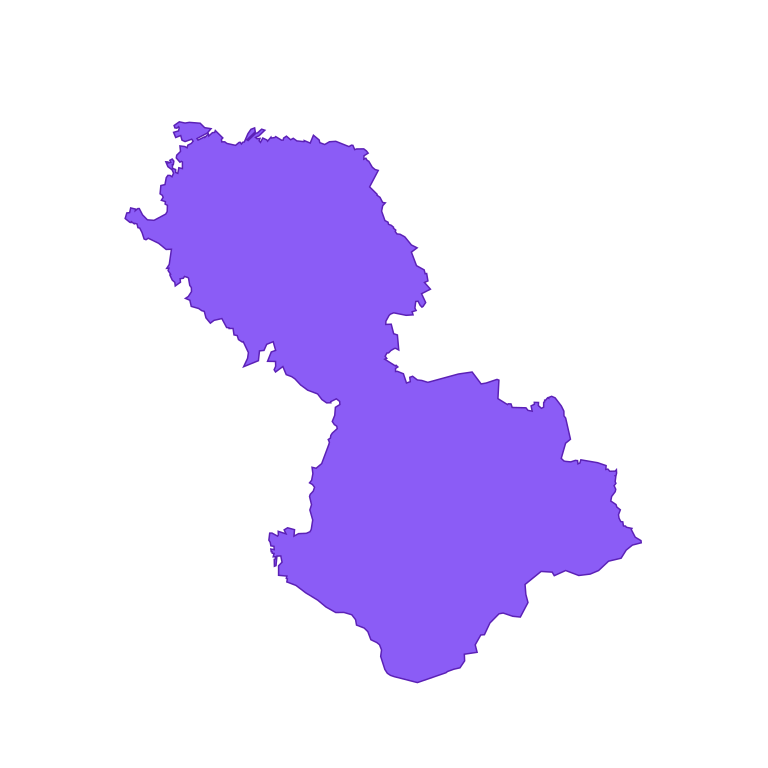 Qalqiliya, West Bank, Palestine (orthographic projection), rotated 258°
{"feature_id": "87354302B40414204592822", "entity_name": "Qalqiliya", "entity_type": "district", "adm_level": 2, "iso_a3": "PSE", "parent_name": "Palestine", "parent_adm1": "West Bank", "projection": "orthographic", "projection_center": [35.101, 32.181], "detail": "fine", "context": "isolated", "style": "filled", "palette": "violet", "viewbox_px": 768, "rotation_deg": 258, "n_neighbors": 0, "source": "geoboundaries", "source_scale": "gbopen_adm2", "svg_char_len": 6163}
<svg xmlns="http://www.w3.org/2000/svg" viewBox="0 0 768 768"><g transform="rotate(258 384 384)"><path d="M210.6,247.8L205.3,256.0L196.0,264.0L186.4,274.2L177.9,280.9L170.5,289.3L168.9,297.3L165.0,304.5L159.4,307.2L153.9,307.0L149.4,313.9L145.1,316.7L136.6,318.0L132.6,323.2L129.9,325.4L124.4,326.3L118.2,324.1L104.6,325.5L100.4,327.1L97.7,329.7L95.6,333.2L85.0,354.6L88.7,384.6L89.6,386.4L90.5,393.0L90.6,399.3L96.4,405.3L103.0,406.4L102.2,419.3L109.9,419.0L118.4,426.5L117.9,430.1L128.2,437.9L135.3,448.7L135.2,452.9L130.0,461.7L127.7,468.9L140.3,479.4L148.7,479.0L158.6,480.3L168.0,498.7L165.0,509.4L161.1,510.7L163.8,522.9L156.2,534.7L155.2,546.2L156.9,555.1L164.0,566.8L164.3,579.7L171.2,586.4L174.8,593.5L175.2,602.6L177.4,602.8L181.9,597.9L190.3,595.6L191.2,596.5L193.5,591.3L194.8,590.7L195.4,588.7L199.5,588.9L200.2,587.0L203.9,586.0L207.4,586.2L211.8,589.0L215.3,586.1L217.8,585.9L222.4,581.5L226.7,583.3L230.6,587.8L232.9,588.8L236.7,587.9L238.6,590.2L240.4,589.8L245.3,591.5L246.1,591.0L246.2,591.9L248.5,593.0L251.8,593.5L250.7,592.0L251.7,586.7L254.2,585.3L254.3,583.2L258.0,584.3L262.6,576.6L268.9,560.8L266.0,559.2L265.6,557.1L268.8,557.4L269.5,555.3L269.0,550.5L270.6,545.4L271.3,544.0L274.4,541.9L288.3,549.3L291.2,554.9L312.9,554.6L315.4,553.4L320.1,554.3L325.6,552.9L334.9,548.5L337.1,545.4L336.6,542.4L335.7,542.2L336.5,541.2L334.6,538.7L334.8,537.8L333.1,537.4L332.9,536.4L328.1,535.3L327.5,532.9L330.8,530.5L333.8,531.3L334.8,527.2L332.9,526.9L332.0,523.3L326.6,523.3L328.3,519.3L331.2,517.9L334.4,504.5L338.1,504.1L338.8,501.4L338.2,500.5L346.0,492.4L363.9,497.2L365.0,495.5L363.7,484.1L363.9,479.0L377.4,472.7L378.3,458.8L376.5,427.2L379.6,421.7L381.0,417.5L385.6,413.6L385.2,410.6L380.8,410.2L380.3,406.2L390.0,405.1L393.6,399.7L393.8,397.9L396.8,398.5L397.8,401.1L399.8,399.7L399.3,398.9L408.1,389.9L408.5,392.0L410.9,390.9L413.7,393.3L413.5,395.0L415.3,397.7L416.6,401.6L416.4,402.9L414.2,405.5L429.2,407.3L431.2,403.9L441.0,403.5L441.9,398.1L445.0,398.9L450.0,403.2L451.0,404.8L451.6,408.3L446.6,419.9L445.6,426.8L448.8,426.5L449.2,430.7L451.8,430.0L458.1,432.2L457.9,434.5L453.5,435.7L451.3,437.1L451.8,438.4L455.0,441.7L464.5,439.5L467.1,449.1L474.9,444.7L475.7,448.4L483.2,448.7L483.3,447.2L487.3,447.0L493.0,440.4L507.3,438.2L510.3,444.7L514.3,439.7L523.5,435.0L527.1,430.9L528.1,427.9L530.7,426.7L532.1,427.5L534.3,425.7L535.4,425.9L537.7,424.1L539.3,421.6L541.4,421.6L543.7,418.9L553.6,417.6L558.7,419.8L560.9,422.9L561.9,420.4L567.4,418.9L570.1,416.4L571.0,416.7L579.8,410.9L594.1,422.8L595.6,419.9L598.5,417.6L605.1,415.4L606.1,414.1L608.6,413.2L608.1,411.0L611.4,411.9L613.1,416.5L615.6,415.3L618.2,413.1L619.6,406.0L619.3,404.1L623.9,403.2L624.4,401.8L623.5,399.1L631.4,387.3L632.3,381.0L630.6,375.8L633.4,371.4L636.2,371.3L642.0,366.7L635.0,361.9L638.7,356.6L637.8,356.5L637.9,355.5L639.9,349.3L643.2,346.3L642.3,343.5L646.7,340.1L645.4,336.9L643.6,336.2L643.7,334.6L648.5,329.5L647.8,328.5L648.0,324.9L649.0,324.8L645.7,320.6L647.0,320.2L649.8,316.6L646.0,313.4L647.9,312.4L650.0,313.8L650.3,310.8L651.9,309.6L652.8,313.4L657.0,320.2L658.7,317.3L656.0,312.6L655.9,310.7L650.4,301.7L651.3,300.7L657.4,310.5L661.4,310.7L660.8,306.8L657.2,303.0L649.8,297.7L649.8,296.1L648.4,294.4L650.4,293.5L650.4,292.4L648.3,288.4L652.0,280.3L654.0,278.6L654.6,275.6L657.1,275.9L658.2,277.5L667.0,271.7L665.3,270.7L665.5,268.4L663.0,264.2L665.0,264.2L662.4,259.9L663.0,259.6L661.2,252.8L663.0,252.1L666.2,263.3L669.7,267.9L672.0,261.9L677.3,258.4L680.4,248.0L680.6,243.7L683.0,238.3L680.5,232.4L678.0,232.7L677.3,234.6L678.4,236.6L677.0,236.9L674.3,235.6L673.9,230.5L668.4,231.5L669.3,236.8L664.5,237.1L662.5,239.8L663.4,246.8L661.2,247.8L659.4,245.6L658.4,241.8L656.0,240.5L657.7,238.5L659.3,233.9L653.8,233.3L650.9,228.8L648.3,227.8L643.4,230.5L643.9,232.1L643.1,233.0L636.6,231.6L638.2,228.3L632.9,226.1L634.2,224.2L637.1,224.8L638.9,222.0L642.5,222.6L642.3,223.5L645.7,224.8L648.1,223.6L647.3,221.0L645.1,221.5L645.1,218.8L646.1,218.9L646.7,216.8L641.5,217.8L637.6,221.2L634.0,222.0L630.8,219.7L632.5,218.1L633.0,216.0L631.1,213.9L624.6,211.2L624.5,207.0L616.6,204.5L614.6,206.4L612.5,206.8L610.0,204.4L607.8,208.1L605.5,207.3L603.8,209.3L597.8,207.8L595.6,205.8L591.9,193.1L593.4,188.0L593.8,186.7L599.6,183.0L606.5,181.1L606.8,179.8L605.3,176.8L606.7,177.4L608.9,172.8L604.5,170.8L604.8,168.0L599.7,165.2L595.0,169.0L594.5,170.1L595.3,170.6L592.6,173.0L593.0,173.5L591.9,175.7L588.1,175.8L587.3,177.5L582.4,178.8L575.7,179.5L574.6,181.2L575.6,183.7L568.5,192.8L560.9,198.9L560.0,204.1L545.6,198.8L542.3,195.5L542.0,197.6L539.8,196.4L535.7,198.1L535.2,197.2L529.6,198.5L527.0,200.5L523.3,200.2L525.9,206.1L529.3,206.4L529.2,209.8L530.7,211.2L529.0,214.2L528.2,214.8L520.9,214.5L518.3,215.6L514.4,214.9L510.3,210.8L509.0,207.6L506.3,211.5L500.0,211.6L496.4,218.4L493.6,221.0L492.4,223.3L485.7,223.6L479.6,226.8L481.6,231.0L481.7,239.0L472.0,241.8L471.2,244.1L470.5,244.0L469.7,247.9L463.2,247.5L461.9,250.5L457.7,250.9L454.5,254.1L454.7,255.1L442.9,257.9L437.5,255.9L430.1,250.3L432.9,266.0L442.3,269.1L441.8,273.6L447.2,277.5L448.4,284.4L439.4,285.0L438.8,280.4L430.4,274.8L428.6,282.6L423.8,281.7L420.8,279.5L418.3,280.4L422.1,288.7L413.5,290.3L410.4,295.2L407.6,297.9L400.3,302.3L393.8,308.1L388.1,317.0L381.7,320.0L377.5,323.9L376.7,328.1L377.8,328.2L379.4,334.3L376.2,337.0L373.1,336.6L371.3,331.6L363.6,329.3L358.1,325.6L354.6,327.0L352.6,329.0L350.1,329.0L346.7,323.2L344.8,321.3L342.2,320.3L341.3,317.9L338.4,318.5L336.4,317.5L319.1,306.5L315.7,300.1L317.5,296.3L311.1,295.8L304.9,293.2L302.8,290.6L300.6,293.1L297.5,294.6L293.9,292.5L291.4,288.9L289.5,287.8L281.0,288.0L276.2,285.3L265.8,286.0L256.9,282.6L254.9,280.9L254.1,277.0L255.4,269.3L253.9,264.3L260.1,266.2L263.4,259.8L262.1,256.0L257.8,257.0L261.9,249.9L258.2,249.2L257.3,248.3L261.5,243.4L261.9,241.2L255.2,238.9L252.8,239.8L249.2,239.7L248.1,242.6L244.8,242.2L246.1,239.0L243.4,238.8L243.1,239.6L241.7,239.5L241.1,241.2L238.0,239.7L237.6,241.9L235.5,241.6L235.3,240.2L228.5,238.9L228.8,240.6L237.9,243.5L237.3,247.3L230.9,247.2L228.1,243.1L218.8,241.1L216.3,249.1L214.2,248.0L213.5,249.0L210.6,247.8Z" fill="#8b5cf6" stroke="#5b21b6" stroke-width="1.5"/></g></svg>